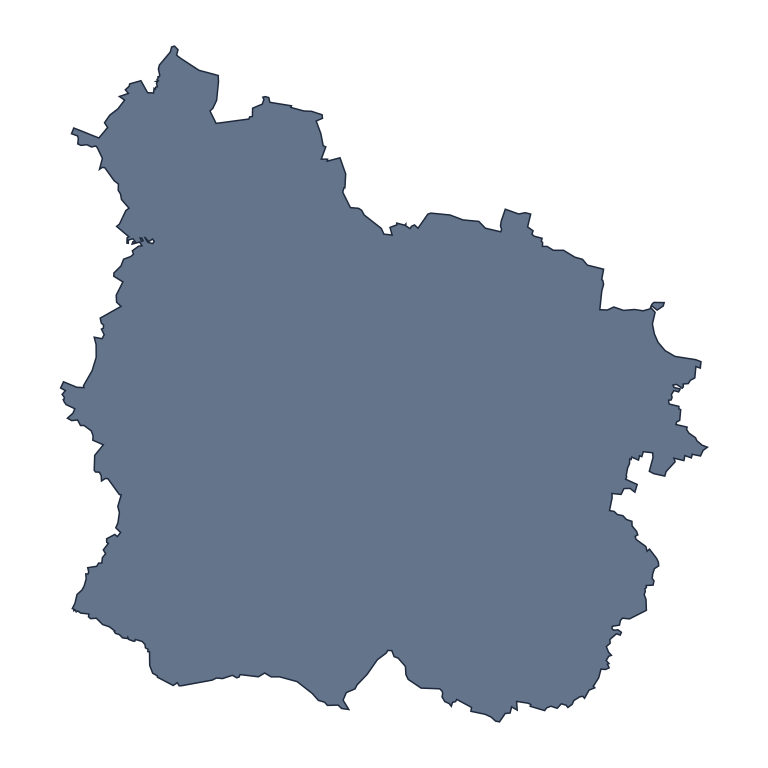 Ratoath Lea-7, Meath, Ireland
{"feature_id": "5873133B53714472852508", "entity_name": "Ratoath Lea-7", "entity_type": "district", "adm_level": 2, "iso_a3": "IRL", "parent_name": "Ireland", "parent_adm1": "Meath", "projection": "orthographic", "projection_center": [-6.561, 53.483], "detail": "fine", "context": "isolated", "style": "filled", "palette": "slate", "viewbox_px": 768, "rotation_deg": 0, "n_neighbors": 0, "source": "geoboundaries", "source_scale": "gbopen_adm2", "svg_char_len": 6033}
<svg xmlns="http://www.w3.org/2000/svg" viewBox="0 0 768 768"><path d="M157.6,76.2L158.3,77.6L157.1,79.6L158.2,80.7L156.1,81.4L157.5,81.8L156.5,83.3L157.3,86.8L155.7,87.2L155.3,89.1L154.1,88.3L153.5,93.0L147.6,92.7L140.9,80.7L129.7,83.9L129.1,86.3L125.3,89.8L128.4,93.4L119.4,96.5L124.6,100.1L117.9,108.9L109.9,115.0L104.5,122.7L107.6,127.5L98.9,138.0L73.8,128.0L71.5,133.7L77.5,135.9L78.3,138.3L77.8,143.9L81.0,145.4L86.9,144.7L91.5,147.0L95.8,146.0L97.3,147.7L102.4,158.4L99.5,169.3L102.3,167.4L104.8,167.7L114.2,180.8L118.4,184.0L118.2,190.3L120.5,194.0L121.5,199.6L129.0,208.2L125.8,210.6L119.4,224.2L116.6,226.4L128.8,236.7L127.1,237.9L126.9,243.1L128.3,243.3L128.3,240.1L132.9,238.7L135.1,241.6L132.9,241.8L132.1,244.1L139.6,242.1L142.0,245.8L138.6,246.2L132.3,250.8L133.5,254.1L130.8,256.5L123.6,259.2L121.0,265.9L113.9,273.0L113.8,276.3L122.9,281.9L116.2,295.2L116.6,302.2L121.0,306.4L100.2,318.1L101.3,323.1L103.6,325.1L103.3,328.3L101.4,329.1L104.2,334.7L102.0,338.7L94.2,337.2L96.1,344.6L96.2,357.3L92.1,370.7L83.5,385.7L84.0,387.6L76.9,387.3L63.5,381.8L60.6,388.0L65.4,390.6L62.1,394.4L64.1,397.0L64.3,398.8L63.2,399.6L64.2,401.9L66.1,404.6L74.8,408.7L73.0,413.1L67.4,418.2L71.7,420.6L77.6,420.0L80.5,425.5L84.1,425.5L91.3,430.9L93.1,435.8L92.8,440.2L103.3,444.8L94.7,455.4L94.2,470.3L95.5,472.0L99.3,472.2L101.2,475.6L101.5,481.0L105.3,478.5L107.9,478.7L119.3,494.5L121.2,494.9L117.8,506.5L119.4,512.7L117.9,522.9L115.8,527.8L120.6,532.5L117.3,536.6L114.8,534.4L106.6,538.8L106.7,542.3L108.3,543.4L103.3,549.9L105.6,553.7L102.4,557.6L101.8,563.0L98.6,563.1L96.7,566.3L87.7,567.7L88.7,571.9L88.0,574.0L85.8,573.9L86.2,578.7L84.2,585.8L82.0,590.0L77.0,594.5L75.0,603.2L72.3,608.6L73.9,609.2L73.8,610.7L75.3,610.0L76.2,611.9L77.9,611.1L80.8,613.1L88.8,614.0L88.5,616.8L90.6,618.7L96.3,618.2L102.6,624.5L109.4,626.8L114.8,631.0L114.2,631.5L115.4,633.3L119.5,634.7L122.6,637.9L127.4,638.5L127.8,637.4L128.6,639.4L133.4,641.2L134.8,641.2L135.4,639.5L142.1,641.4L145.0,644.5L145.4,647.8L148.1,649.3L147.8,651.6L149.5,651.8L149.7,665.4L152.7,673.3L157.2,675.7L157.4,677.2L173.2,685.5L177.2,682.7L179.2,685.8L181.2,685.8L212.3,680.1L216.5,678.0L222.5,678.6L232.4,675.3L236.7,677.8L239.0,677.1L240.1,674.6L258.4,676.8L264.7,673.0L271.2,676.9L279.4,676.8L297.1,681.6L312.3,693.5L318.4,700.4L324.6,702.2L327.4,705.4L338.1,705.1L341.6,708.5L348.8,709.5L343.1,700.2L346.3,692.6L355.0,688.9L357.0,685.0L367.2,674.3L377.3,659.8L386.3,653.0L387.7,650.5L391.8,650.6L394.1,656.6L398.1,658.1L405.4,666.4L405.9,674.6L408.2,679.4L421.1,688.1L439.7,688.8L442.1,691.2L442.7,693.5L442.0,696.8L444.8,701.6L449.1,703.5L451.3,706.3L452.5,702.4L455.6,701.6L456.7,699.4L470.8,707.0L471.5,707.6L470.9,711.3L485.1,714.3L491.0,717.0L495.6,721.1L499.5,721.9L505.2,713.5L510.1,713.0L511.6,706.9L517.2,710.1L516.6,701.4L528.0,703.2L530.9,704.5L530.2,706.3L544.7,710.6L546.6,707.9L550.9,706.2L557.2,708.3L561.3,703.8L566.1,705.2L567.9,707.5L572.2,704.3L573.8,700.6L579.8,696.8L582.8,696.3L584.5,698.3L589.1,690.1L594.8,687.8L593.3,686.3L598.7,677.8L601.0,669.1L605.4,669.5L609.2,667.8L607.4,664.3L609.0,663.6L606.2,660.5L608.7,656.3L611.4,655.3L608.6,652.2L606.3,646.6L610.1,643.3L609.9,639.5L616.4,633.8L620.2,635.1L621.4,632.3L617.9,629.8L613.7,630.2L611.9,628.5L612.3,626.3L619.5,625.1L620.4,620.5L622.4,618.2L629.5,618.9L646.4,610.3L646.0,599.3L644.2,594.7L645.3,591.5L644.9,588.9L646.4,587.5L646.2,585.5L653.1,585.1L654.0,580.9L652.2,578.5L652.7,574.0L654.4,568.7L658.7,565.9L658.4,562.1L656.6,558.4L649.5,549.1L647.1,551.2L645.8,546.5L636.1,539.4L635.1,536.4L637.8,534.9L636.6,531.4L632.1,525.9L631.9,521.3L626.4,519.5L622.9,515.7L617.3,514.5L614.1,511.4L609.5,510.6L612.1,497.9L612.0,493.5L621.1,494.4L623.9,488.6L630.0,488.4L634.9,492.2L637.2,484.5L625.6,479.2L626.6,477.4L626.3,475.0L627.6,468.0L629.5,463.7L629.7,459.0L631.1,459.5L631.7,457.1L638.5,460.1L639.5,455.8L641.8,456.7L643.3,451.7L652.7,452.8L653.0,457.6L649.3,471.3L653.9,473.7L664.8,476.1L666.1,471.6L675.1,461.8L674.0,458.2L683.9,460.6L684.9,455.6L691.4,457.9L692.2,454.3L700.5,456.0L703.1,450.4L707.4,447.2L702.1,445.2L696.9,440.8L695.5,437.7L688.9,433.1L686.6,429.5L687.1,427.1L675.9,424.5L676.7,421.9L679.7,420.4L680.7,409.7L678.8,408.7L678.9,406.4L669.1,404.0L668.6,400.2L671.1,400.0L672.1,397.5L671.4,394.6L673.9,390.6L678.6,391.9L680.2,389.0L674.0,387.4L672.9,385.1L676.5,384.4L682.2,388.2L683.3,386.9L683.2,384.0L688.2,383.6L690.4,380.3L694.8,377.9L695.9,366.6L700.3,368.1L701.0,361.7L695.8,359.7L674.9,356.4L665.1,350.6L658.1,342.4L654.4,334.0L652.4,324.0L655.1,312.3L650.7,307.5L651.7,305.8L657.1,310.1L663.2,306.0L664.2,302.6L653.9,302.4L651.8,304.4L650.0,308.9L643.1,310.8L634.5,309.5L623.6,310.4L613.8,307.0L607.4,310.0L599.8,309.7L601.8,290.9L603.6,284.4L602.8,280.4L601.7,279.7L603.6,269.2L587.3,265.1L582.5,259.3L574.9,257.2L563.5,250.3L553.4,250.3L547.0,246.4L542.5,246.4L542.6,242.5L541.3,241.2L542.1,238.3L534.2,236.2L531.9,234.2L533.1,230.8L527.6,226.9L530.7,214.1L525.2,212.7L518.7,214.0L505.3,209.2L501.2,221.2L500.5,225.9L501.6,229.6L500.7,231.8L485.4,228.2L478.8,221.4L462.9,219.9L450.0,215.0L430.8,213.1L427.8,214.2L418.0,228.2L414.5,224.9L411.5,226.3L410.0,228.6L405.8,225.8L405.8,224.0L404.8,225.2L396.7,223.1L396.8,224.9L390.0,227.4L392.1,235.1L383.9,234.1L381.3,228.4L364.2,215.0L361.6,210.2L358.5,208.3L350.4,207.6L342.7,192.1L344.0,187.8L344.9,187.8L345.7,174.0L340.0,157.8L327.1,161.2L327.6,159.2L321.3,159.1L325.8,146.9L323.2,145.7L320.8,133.5L316.2,121.0L322.5,118.3L322.1,114.8L311.5,111.3L304.0,111.0L290.7,107.4L291.5,105.8L269.8,102.3L268.8,97.6L265.3,96.6L262.8,97.2L263.9,99.5L262.3,104.1L252.6,108.2L252.4,116.5L249.6,116.9L249.0,119.0L216.1,123.4L210.0,111.0L212.8,108.4L216.6,100.4L218.5,81.7L218.2,75.5L199.0,70.3L180.6,58.3L176.6,55.2L178.0,49.7L174.5,46.1L171.6,47.0L170.3,52.0L159.4,65.0L158.4,69.0L159.8,75.6L158.5,77.3L157.6,76.2ZM144.5,236.8L148.6,241.6L152.6,239.1L154.2,241.4L152.7,243.6L147.9,242.3L144.5,236.8ZM140.2,238.0L141.8,238.1L143.1,240.8L141.4,241.3L140.2,238.0Z" fill="#64748b" stroke="#1e293b" stroke-width="1.5"/></svg>